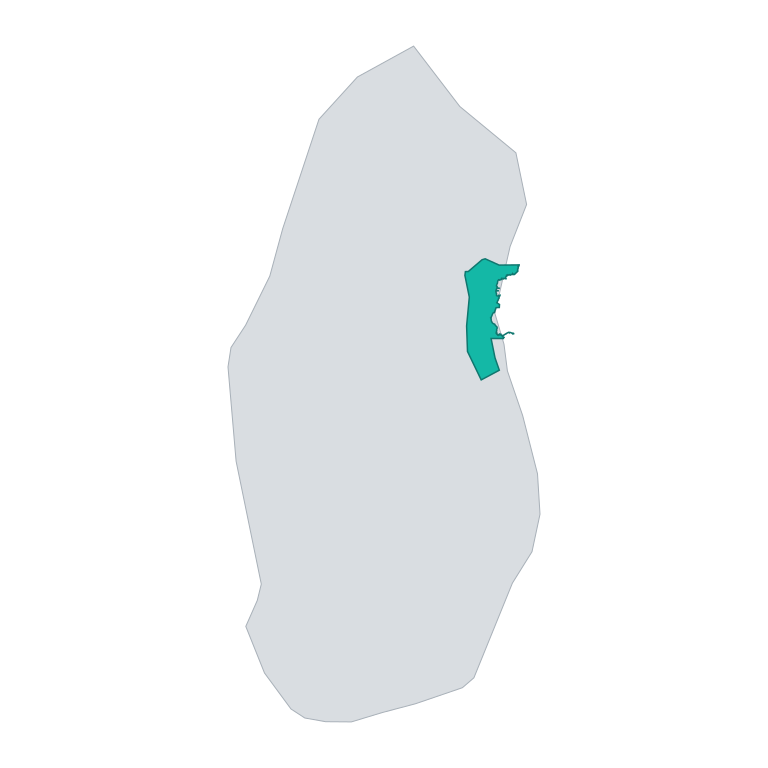 70, Al Daayen, Qatar shown in context
{"feature_id": "91078587B85079353631459", "entity_name": "70", "entity_type": "district", "adm_level": 2, "iso_a3": "QAT", "parent_name": "Qatar", "parent_adm1": "Al Daayen", "projection": "robinson", "projection_center": [51.51, 25.511], "detail": "fine", "context": "in_parent", "style": "filled", "palette": "teal", "viewbox_px": 768, "rotation_deg": 0, "n_neighbors": 0, "source": "geoboundaries", "source_scale": "gbopen_adm2", "svg_char_len": 5112}
<svg xmlns="http://www.w3.org/2000/svg" viewBox="0 0 768 768"><path d="M415.3,703.8L382.4,712.5L351.4,721.9L325.6,721.7L304.8,718.0L291.0,709.0L264.5,673.0L245.8,626.4L257.3,600.4L261.3,584.1L236.1,461.2L228.0,366.9L231.0,347.5L245.6,325.2L269.8,276.1L282.7,228.7L319.0,119.2L357.4,77.0L413.6,46.1L459.8,106.5L515.9,152.8L526.6,204.5L510.1,246.5L494.9,313.5L504.0,344.3L507.4,370.9L522.7,415.7L537.5,473.8L540.0,514.2L532.0,551.7L512.4,583.1L473.9,677.8L462.4,687.7L415.3,703.8Z" fill="#d9dde1" stroke="#a8b0b8" stroke-width="1"/><path d="M499.3,370.2L495.0,357.8L491.1,338.5L503.4,338.5L503.4,338.4L503.6,337.6L503.8,337.4L504.2,337.3L504.2,337.1L504.4,337.1L504.1,337.1L503.5,337.0L503.3,336.9L502.8,336.6L502.5,336.3L502.3,336.2L502.4,335.8L503.5,335.3L503.9,335.1L504.4,334.8L504.4,334.7L505.7,333.9L505.9,333.8L506.0,333.9L506.3,333.6L507.1,333.1L507.4,332.9L507.7,332.8L508.3,332.6L508.8,332.5L508.9,332.4L509.0,332.5L509.0,332.4L509.5,332.4L510.5,332.6L510.9,332.7L512.3,333.4L512.4,333.5L512.5,333.7L512.6,333.9L513.0,333.9L513.0,333.7L513.2,333.4L513.3,333.4L513.5,333.5L513.4,333.4L513.5,333.4L513.6,333.5L513.7,333.8L513.6,334.0L513.7,333.9L513.7,333.7L513.6,333.4L513.4,333.3L512.9,333.1L512.7,333.1L512.3,333.3L511.0,332.7L510.5,332.5L509.4,332.4L508.9,332.4L508.7,332.4L508.2,332.5L507.4,332.9L506.6,333.3L505.8,333.8L504.4,334.7L504.0,335.0L503.1,335.4L502.7,335.6L502.1,335.3L501.7,335.2L501.5,335.3L501.1,335.0L501.0,334.6L500.9,334.6L500.8,334.3L500.6,334.4L500.0,334.1L499.8,333.9L499.6,334.0L499.2,334.2L499.2,334.3L499.3,334.5L499.2,334.7L499.3,334.9L499.0,334.9L498.7,335.0L497.8,334.7L497.7,334.7L498.1,334.9L498.1,335.1L498.3,335.4L498.6,335.5L498.2,335.5L498.0,335.4L497.9,335.1L497.7,335.1L497.2,334.6L496.5,333.8L496.2,333.3L496.0,332.6L496.4,333.2L497.3,334.4L497.1,334.1L496.8,333.6L496.7,333.4L496.6,333.1L496.9,333.2L496.8,332.7L496.5,332.6L496.4,332.3L496.5,332.2L496.4,331.2L496.8,330.8L496.6,329.5L497.0,328.8L497.0,328.4L497.2,328.0L497.0,327.0L496.6,326.6L496.2,326.2L495.8,325.9L495.6,325.6L495.4,325.4L495.1,325.0L494.9,324.5L494.7,324.4L494.6,324.1L494.1,324.0L493.1,323.5L492.7,323.2L492.4,322.9L492.1,322.6L492.0,322.2L491.8,321.7L491.6,321.6L491.4,320.9L491.2,320.0L491.2,319.2L491.0,318.6L490.8,318.1L491.1,318.1L491.2,317.3L491.5,316.5L491.9,315.7L492.3,314.6L492.7,313.7L493.0,313.1L493.3,312.9L493.5,312.8L493.9,312.5L494.1,312.6L494.4,312.6L494.5,312.2L494.6,311.8L494.7,311.3L495.0,310.8L495.2,309.9L495.6,308.9L495.8,308.1L495.9,307.9L496.0,307.8L496.5,307.6L499.3,307.5L499.5,304.5L496.9,302.8L497.1,302.6L497.1,302.4L497.4,301.7L497.6,300.8L497.9,300.2L498.0,300.1L498.4,299.9L498.4,299.5L498.4,299.2L498.5,298.8L498.6,298.2L499.1,298.1L499.1,297.9L499.1,297.3L499.1,296.9L499.2,296.5L499.6,296.3L499.7,295.8L499.8,295.8L499.9,295.6L500.0,295.5L500.0,295.3L499.8,295.4L499.6,295.5L499.1,295.4L498.8,295.3L498.6,295.8L498.1,296.0L497.2,295.9L496.6,295.6L496.4,295.0L496.5,294.7L496.6,294.3L496.6,293.9L496.4,293.5L496.2,293.2L496.1,292.3L495.9,292.0L495.9,291.9L496.0,291.7L495.9,291.3L496.0,290.8L496.7,290.8L496.9,290.9L497.1,290.9L497.4,290.8L497.6,290.8L497.8,290.8L498.5,290.8L498.9,290.8L497.7,290.7L497.4,290.7L497.1,290.6L496.9,290.6L496.7,290.7L496.0,290.6L496.4,289.1L496.6,289.0L496.8,288.5L496.8,288.2L497.0,288.0L497.7,288.1L499.1,288.3L499.1,288.2L498.5,288.2L498.4,288.1L497.9,288.0L497.8,287.9L496.9,287.9L497.1,286.5L496.7,286.3L496.5,286.1L496.5,285.5L497.0,284.0L497.3,283.5L497.4,283.4L497.7,281.2L498.1,280.4L498.3,280.2L498.5,279.9L498.6,279.7L498.9,279.7L499.2,279.9L499.4,280.0L499.8,280.2L500.1,280.0L500.2,279.6L500.9,279.5L501.0,279.4L501.3,279.5L501.4,279.0L501.7,279.0L501.7,278.8L501.9,279.0L503.4,278.9L503.4,278.7L503.5,278.8L503.6,278.7L504.6,278.5L504.8,278.4L505.2,278.4L505.3,278.5L505.5,278.4L505.6,278.5L505.7,278.4L506.2,278.9L506.2,279.0L506.5,279.3L506.3,279.0L506.2,278.9L506.0,278.7L505.7,278.3L505.4,278.2L505.5,277.7L505.6,277.3L505.6,277.2L506.1,276.8L506.1,276.7L506.1,276.3L506.2,276.1L506.5,275.9L506.5,275.5L506.7,276.0L506.8,276.0L506.7,275.3L506.9,275.3L506.9,275.1L507.1,275.0L507.1,275.3L508.5,274.9L508.5,275.1L509.3,275.0L509.6,274.8L509.6,275.0L510.0,275.0L510.6,275.1L511.2,274.7L511.6,274.4L511.9,274.4L512.2,274.4L512.3,274.3L512.5,274.4L512.5,274.1L512.8,274.0L512.8,273.9L512.9,274.0L513.2,274.1L513.3,274.1L513.8,274.3L513.9,274.5L514.0,274.5L514.4,274.5L514.7,274.3L514.8,274.0L515.1,273.9L515.3,273.6L515.4,273.4L515.8,273.1L516.0,273.0L516.2,272.9L516.3,272.8L516.3,272.6L516.6,272.4L516.9,272.1L517.1,272.0L517.3,271.7L517.3,271.4L517.7,271.3L517.6,270.9L517.6,270.6L517.6,270.4L517.6,270.2L517.8,270.2L517.8,269.9L517.7,269.3L517.8,269.3L517.9,268.9L517.8,268.7L518.0,268.3L518.1,268.2L518.3,268.0L518.3,267.9L518.2,267.6L518.2,267.4L518.0,266.8L518.2,266.7L518.2,266.4L518.5,266.3L518.6,266.2L518.8,266.1L519.0,265.9L518.9,265.4L519.1,265.4L519.2,265.2L519.6,265.0L519.3,265.0L519.2,265.0L519.2,264.9L499.1,265.1L485.2,258.8L482.1,259.7L468.3,271.5L465.4,271.6L464.9,275.4L469.3,297.1L466.6,326.0L467.5,351.5L481.2,379.9L499.3,370.2Z" fill="#14b8a6" stroke="#0f766e" stroke-width="1.5"/></svg>